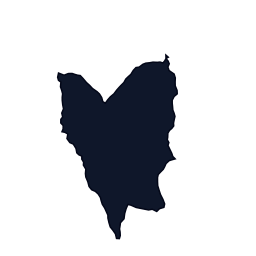 the district of Clementina, São Paulo, Brazil, rotated 144°
{"feature_id": "56859067B82643318735521", "entity_name": "Clementina", "entity_type": "district", "adm_level": 2, "iso_a3": "BRA", "parent_name": "Brazil", "parent_adm1": "São Paulo", "projection": "robinson", "projection_center": [-50.464, -21.574], "detail": "fine", "context": "isolated", "style": "filled", "palette": "ink", "viewbox_px": 256, "rotation_deg": 144, "n_neighbors": 0, "source": "geoboundaries", "source_scale": "gbopen_adm2", "svg_char_len": 1935}
<svg xmlns="http://www.w3.org/2000/svg" viewBox="0 0 256 256"><g transform="rotate(144 128 128)"><path d="M108.0,75.3L108.5,78.7L107.5,81.8L106.6,86.8L105.9,90.4L103.5,92.2L103.1,95.4L101.3,97.2L98.8,100.4L95.8,101.7L92.9,101.9L89.8,102.8L88.3,105.2L85.6,107.7L83.2,109.8L82.0,113.0L81.2,116.1L79.2,119.4L77.7,122.0L75.9,124.5L72.2,126.4L68.1,126.7L66.2,129.6L65.0,134.4L62.8,137.6L60.3,140.7L59.0,144.6L60.0,147.4L61.0,150.4L59.9,153.9L56.9,155.7L56.2,158.6L56.4,161.9L58.9,160.7L61.5,160.1L63.3,162.5L65.7,163.9L69.1,166.6L72.2,168.1L75.5,170.0L78.5,170.8L83.2,170.7L86.0,172.2L89.8,171.5L94.2,169.7L97.5,169.4L101.0,168.9L104.6,167.2L108.5,166.6L111.2,166.1L114.8,165.3L119.3,163.9L123.9,163.6L127.8,162.7L131.7,161.4L132.9,164.1L131.4,168.1L131.1,172.3L131.7,175.6L133.5,180.8L134.0,185.0L134.9,189.2L135.3,194.6L135.8,198.5L137.8,200.4L139.5,202.6L141.1,204.9L144.2,207.1L148.7,208.3L151.9,213.3L155.1,210.4L156.2,207.4L155.3,204.6L158.4,201.0L159.5,197.4L160.8,194.1L163.1,191.6L164.9,189.1L167.2,185.1L168.9,181.4L172.8,179.0L174.4,175.3L177.2,174.5L179.4,171.6L179.0,168.1L181.1,165.3L183.6,163.8L181.6,161.6L180.2,158.5L183.6,155.3L183.6,150.4L181.7,147.1L182.1,142.0L184.0,138.0L183.5,135.2L181.9,132.4L183.7,129.9L184.0,126.4L185.9,124.2L186.3,119.5L189.2,116.2L190.9,113.2L192.1,108.1L193.9,103.5L193.7,99.4L191.7,96.0L190.9,92.1L191.2,87.9L192.4,85.0L193.6,81.4L193.9,76.9L195.5,69.3L197.2,66.9L199.0,62.7L200.5,58.4L200.3,54.1L200.4,49.7L202.2,45.4L200.0,43.6L197.5,45.5L195.5,48.6L194.2,51.3L191.8,53.7L189.8,55.8L184.6,56.9L180.9,60.8L176.9,63.9L173.0,66.2L171.0,63.9L168.1,58.9L164.5,55.0L159.5,49.6L156.1,48.0L153.8,43.6L149.9,44.2L145.6,42.7L143.0,45.0L141.7,49.7L140.8,55.2L139.4,59.5L137.9,63.8L135.6,67.3L133.2,70.6L130.9,72.6L127.9,73.2L123.7,73.9L121.2,75.1L118.1,76.9L113.9,77.4L111.2,76.5L108.0,75.3ZM56.4,161.9L53.8,161.6L54.5,164.7L56.4,161.9Z" fill="#0f172a" stroke="#020617" stroke-width="1.5"/></g></svg>